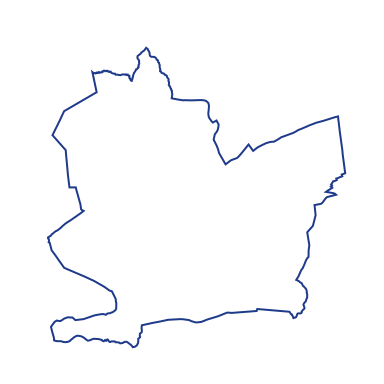 Francisco I. Madero, Hidalgo, Mexico (orthographic projection), rotated 354°
{"feature_id": "50627088B57086733135825", "entity_name": "Francisco I. Madero", "entity_type": "district", "adm_level": 2, "iso_a3": "MEX", "parent_name": "Mexico", "parent_adm1": "Hidalgo", "projection": "orthographic", "projection_center": [-99.084, 20.241], "detail": "fine", "context": "isolated", "style": "outline", "palette": "blue", "viewbox_px": 384, "rotation_deg": 354, "n_neighbors": 0, "source": "geoboundaries", "source_scale": "gbopen_adm2", "svg_char_len": 5834}
<svg xmlns="http://www.w3.org/2000/svg" viewBox="0 0 384 384"><g transform="rotate(354 192 192)"><path d="M37.7,311.3L38.2,315.5L39.5,323.0L39.3,325.1L40.3,325.6L41.7,326.1L43.3,326.4L46.2,326.7L48.1,327.6L49.3,327.9L50.3,328.1L52.3,328.1L54.6,327.6L56.0,326.5L60.1,323.8L62.8,322.9L65.8,323.6L67.3,324.2L69.7,325.9L70.2,326.6L71.6,327.9L72.4,328.7L73.1,329.0L74.9,328.8L78.1,327.8L79.7,327.8L84.5,328.7L85.7,329.4L86.7,329.5L87.4,330.6L88.4,331.2L88.9,331.1L90.1,330.1L90.9,331.0L91.3,331.0L92.1,329.9L92.4,329.8L92.7,329.8L94.0,332.1L94.6,332.6L95.2,332.6L95.7,332.3L96.6,332.2L99.5,332.5L100.2,333.4L102.3,333.7L103.9,334.2L104.7,335.0L106.0,335.0L107.5,334.9L108.7,334.2L110.1,334.0L110.9,334.0L111.9,334.5L114.6,337.0L115.8,338.3L117.0,340.2L119.1,339.9L121.1,338.8L122.6,336.5L123.1,334.0L123.2,332.3L124.0,331.9L125.0,331.1L125.3,330.6L125.0,329.8L125.4,327.4L126.5,326.8L127.2,326.3L127.5,325.6L127.7,324.4L127.6,322.0L128.2,319.3L139.1,318.1L148.6,317.3L154.7,316.6L165.2,317.1L167.9,317.3L169.7,317.6L175.8,319.1L177.7,320.3L181.8,322.0L182.9,322.2L187.5,322.2L194.4,320.3L204.5,318.4L214.4,315.6L219.1,316.4L243.8,317.1L244.7,315.2L276.0,321.2L276.4,321.4L276.7,321.8L277.2,323.0L278.1,324.2L278.2,324.4L278.5,324.3L279.2,325.9L279.7,328.0L281.1,327.6L281.5,327.7L282.3,327.4L282.6,327.0L283.1,326.3L283.7,324.8L284.3,324.0L284.6,323.9L285.1,323.8L287.4,324.1L288.1,323.8L288.5,323.3L288.5,322.4L290.3,320.6L291.0,320.2L291.5,319.7L291.8,319.0L291.4,317.1L291.1,316.4L291.1,315.6L291.6,314.7L292.6,313.5L293.6,312.8L294.6,310.5L295.5,309.0L295.9,305.8L295.5,304.4L295.5,304.1L295.8,303.6L295.6,301.4L295.3,300.4L293.4,297.7L292.7,297.2L292.5,296.7L291.5,294.1L290.2,293.2L289.7,292.8L289.2,292.0L288.2,291.4L287.5,290.8L286.5,290.3L289.3,286.7L291.3,283.1L291.8,282.2L292.8,280.7L294.2,279.3L296.4,275.4L298.1,272.1L299.5,270.1L301.1,268.7L301.9,262.2L303.1,257.2L302.4,244.1L308.7,238.3L312.5,228.1L312.5,217.8L318.6,217.3L319.3,217.1L320.6,216.3L324.5,212.0L325.6,211.3L326.3,211.1L335.0,209.8L333.8,208.5L331.7,207.7L325.3,205.9L327.2,204.8L332.0,202.5L331.2,201.3L330.8,201.1L332.0,200.2L331.5,199.2L331.2,199.0L333.6,196.1L333.9,196.2L334.5,196.1L337.2,195.3L336.9,193.7L338.6,193.4L339.9,192.9L343.1,192.1L342.7,190.3L346.3,189.4L345.8,170.0L345.9,166.2L345.3,147.6L345.1,132.1L341.7,132.6L330.4,134.9L322.8,136.1L316.4,137.8L306.4,140.9L304.6,141.3L303.6,141.7L302.3,142.4L298.9,143.8L286.5,146.9L284.0,148.2L279.2,150.4L278.5,150.5L275.6,150.4L273.8,150.6L271.2,151.1L269.3,151.7L266.2,152.8L261.9,154.5L257.1,157.5L253.2,150.7L244.2,159.7L241.0,162.5L240.0,163.0L234.1,164.5L228.3,168.0L223.2,156.6L222.9,155.6L222.4,152.3L221.4,148.6L219.0,142.2L220.8,136.8L222.0,135.7L223.2,134.3L224.2,132.6L225.1,129.8L225.4,128.3L225.5,127.5L223.8,123.5L220.0,125.1L219.0,123.9L217.1,120.6L216.5,119.1L216.4,115.8L217.7,109.4L217.9,107.4L217.5,105.1L215.6,103.0L214.0,102.2L210.7,101.5L201.0,100.8L194.9,100.0L192.4,99.8L187.8,98.6L181.6,96.7L182.5,93.2L182.6,92.0L182.4,91.0L182.5,90.4L182.4,89.7L182.6,89.4L182.6,89.0L181.9,88.1L182.0,87.3L181.9,86.9L181.5,86.4L181.3,86.0L181.3,85.2L180.8,84.2L180.4,83.9L180.4,83.6L180.1,83.0L180.3,82.8L180.6,80.6L180.6,80.0L180.2,79.4L180.2,79.0L180.3,78.4L180.5,78.0L180.5,77.4L179.9,76.2L179.3,75.5L179.1,73.9L178.5,73.2L177.6,72.9L177.1,72.5L177.0,72.0L176.8,71.6L176.2,71.2L175.9,71.2L175.7,71.0L174.7,70.6L174.1,70.2L173.9,69.8L173.8,69.0L173.2,68.8L172.9,68.6L172.9,67.7L173.3,66.9L173.3,66.3L173.1,65.7L172.9,65.1L172.9,64.5L173.0,63.9L173.1,62.1L172.8,61.4L172.7,60.0L172.0,59.5L171.9,57.7L171.6,57.2L170.7,56.8L170.4,55.3L169.4,54.3L168.7,53.7L165.7,53.3L164.6,52.4L164.3,51.3L164.3,49.1L163.9,47.6L163.4,46.8L163.1,46.0L163.1,45.5L161.5,43.8L159.3,46.2L156.2,48.0L155.5,49.0L152.2,51.0L151.8,52.1L151.8,53.5L152.3,54.2L153.0,55.5L153.1,56.0L153.1,56.4L152.9,56.8L153.0,58.4L152.9,59.0L152.2,59.8L152.2,60.4L151.9,61.2L152.0,61.6L152.0,62.1L151.8,62.5L151.6,62.7L151.1,62.7L150.8,63.4L150.0,64.2L149.7,64.3L149.1,64.3L148.9,64.9L148.0,66.2L147.6,66.7L147.2,67.0L146.8,67.5L146.6,68.2L146.1,68.8L145.5,70.4L145.4,71.2L145.0,71.7L144.9,72.5L144.5,72.9L144.5,73.4L143.7,75.2L143.1,74.9L142.8,74.5L142.4,73.7L142.3,72.7L142.0,72.3L141.7,72.1L141.8,71.7L142.0,71.2L141.7,70.8L141.5,70.6L141.5,70.4L141.7,69.7L140.9,69.4L140.7,69.3L140.4,68.5L140.1,68.5L139.2,68.9L138.9,68.8L138.8,68.2L138.6,68.1L136.8,68.1L136.1,68.0L135.7,67.8L134.9,67.8L133.3,68.3L133.0,68.3L131.0,67.9L130.0,67.4L128.5,67.4L128.1,67.2L127.8,66.3L125.8,65.9L124.2,65.0L123.7,63.8L122.7,64.1L122.0,63.8L121.8,63.3L121.1,63.4L120.6,62.7L120.1,62.9L119.5,62.5L118.7,62.8L118.2,62.8L117.9,62.3L117.3,62.1L116.9,62.1L116.4,62.3L116.0,62.6L115.8,63.0L115.7,63.2L115.1,63.0L114.8,63.6L113.7,63.4L113.2,63.7L112.6,63.8L112.4,63.6L112.0,63.0L111.8,63.0L111.3,63.4L111.3,63.6L111.1,63.8L110.4,63.8L110.2,63.3L109.7,63.2L109.4,63.3L109.4,63.7L109.3,63.8L108.8,63.7L108.4,64.0L107.5,63.5L106.3,63.6L106.1,63.4L106.1,63.0L105.5,62.4L107.6,82.8L73.3,98.2L71.1,101.8L69.1,105.1L68.7,105.9L59.2,120.9L70.8,137.2L70.7,140.2L70.4,162.3L70.6,174.6L76.9,175.3L76.9,175.9L79.6,191.9L79.7,192.0L79.9,197.6L80.3,198.1L82.2,199.5L78.3,201.9L68.3,207.4L63.3,209.9L59.6,212.4L57.9,213.8L54.4,216.0L51.8,217.0L49.6,218.6L48.1,219.4L47.1,220.6L46.6,221.0L45.8,221.2L45.2,221.5L44.8,222.0L44.0,222.2L44.0,223.1L44.2,223.5L44.6,223.8L44.8,225.3L44.2,227.0L45.2,227.7L46.3,235.3L49.4,240.5L52.3,245.8L57.0,254.1L76.7,265.1L85.3,270.2L95.1,277.3L99.8,281.5L101.9,282.3L104.9,290.2L104.9,293.1L105.1,294.5L104.7,297.9L104.4,300.1L103.4,301.6L100.4,303.3L99.0,303.5L97.9,304.0L96.7,303.9L95.2,304.0L93.6,305.1L91.3,304.2L89.5,304.0L85.6,304.2L82.2,304.5L70.8,307.1L62.6,307.2L60.1,304.4L55.1,303.6L53.6,304.1L52.0,304.4L48.6,306.2L47.3,306.6L45.9,306.3L44.1,305.7L41.8,306.8L37.7,311.3Z" fill="none" stroke="#1e3a8a" stroke-width="2"/></g></svg>